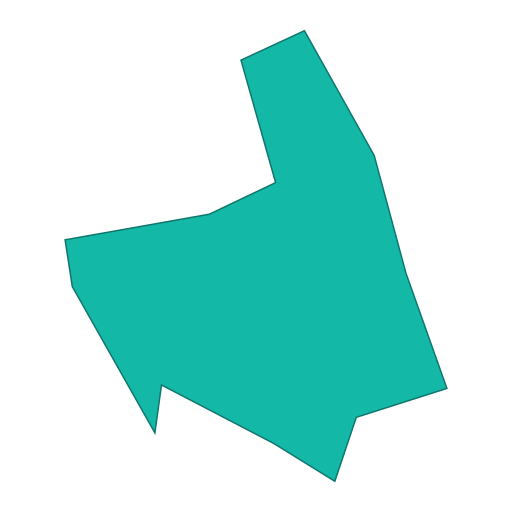 map outline of Kwai Tsing (Robinson projection)
{"feature_id": "HKG-5164", "entity_name": "Kwai Tsing", "entity_type": "state/province", "adm_level": 1, "iso_a3": "HKG", "parent_name": "Hong Kong S.A.R.", "parent_adm1": "", "projection": "robinson", "projection_center": [114.137, 22.356], "detail": "fine", "context": "isolated", "style": "filled", "palette": "teal", "viewbox_px": 512, "rotation_deg": 0, "n_neighbors": 0, "source": "natural_earth", "source_scale": "10m", "svg_char_len": 308}
<svg xmlns="http://www.w3.org/2000/svg" viewBox="0 0 512 512"><path d="M334.8,481.3L274.0,443.6L161.5,385.0L154.9,432.9L72.3,286.6L65.1,239.8L209.3,214.2L275.6,182.6L241.0,60.1L304.4,30.7L374.2,155.5L405.9,273.0L446.9,388.4L356.3,417.3L334.8,481.3Z" fill="#14b8a6" stroke="#0f766e" stroke-width="1.5"/></svg>